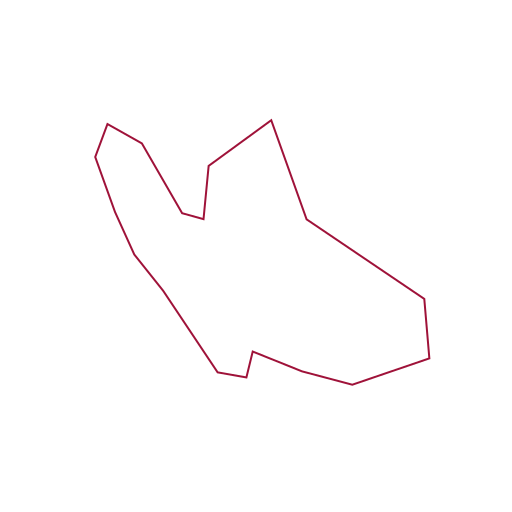 the state/province of Saint John, rotated 220°
{"feature_id": "VIR-4869", "entity_name": "Saint John", "entity_type": "state/province", "adm_level": 1, "iso_a3": "VIR", "parent_name": "United States Virgin Islands", "parent_adm1": "", "projection": "robinson", "projection_center": [-64.723, 18.338], "detail": "fine", "context": "isolated", "style": "outline", "palette": "rose", "viewbox_px": 512, "rotation_deg": 220, "n_neighbors": 0, "source": "natural_earth", "source_scale": "10m", "svg_char_len": 391}
<svg xmlns="http://www.w3.org/2000/svg" viewBox="0 0 512 512"><g transform="rotate(220 256 256)"><path d="M340.1,241.3L319.9,250.5L350.2,294.6L331.6,369.8L240.8,316.6L99.5,331.3L57.4,289.0L99.5,219.3L146.6,197.2L197.1,180.7L185.3,156.8L210.6,142.2L304.8,169.7L350.2,178.9L392.3,199.1L442.8,228.5L454.6,261.6L415.8,268.9L340.1,241.3Z" fill="none" stroke="#9f1239" stroke-width="2"/></g></svg>